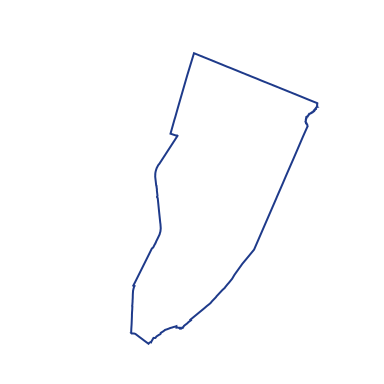 Someren, Noord-Brabant, Netherlands, rotated 219°
{"feature_id": "6326949B17219588023251", "entity_name": "Someren", "entity_type": "district", "adm_level": 2, "iso_a3": "NLD", "parent_name": "Netherlands", "parent_adm1": "Noord-Brabant", "projection": "albers", "projection_center": [5.682, 51.386], "detail": "fine", "context": "isolated", "style": "outline", "palette": "blue", "viewbox_px": 384, "rotation_deg": 219, "n_neighbors": 0, "source": "geoboundaries", "source_scale": "gbopen_adm2", "svg_char_len": 4606}
<svg xmlns="http://www.w3.org/2000/svg" viewBox="0 0 384 384"><g transform="rotate(219 192 192)"><path d="M179.4,85.7L178.7,82.3L177.5,82.7L177.4,82.1L177.2,81.5L176.8,80.6L176.5,79.8L176.0,78.9L175.9,78.6L175.5,77.9L175.1,77.4L174.9,77.1L174.5,76.5L173.2,74.7L171.4,72.4L170.4,71.0L169.7,70.0L169.1,69.3L168.1,67.8L167.7,67.3L167.4,66.8L167.2,66.5L167.1,66.3L166.4,65.6L166.5,65.5L166.4,65.4L166.0,65.1L165.9,64.9L165.1,63.9L164.3,62.8L162.7,60.5L162.1,59.7L161.3,58.6L160.7,57.9L155.7,51.2L154.5,49.5L153.0,47.4L150.7,44.3L150.6,44.2L150.3,44.1L149.8,44.1L149.7,44.2L149.8,44.2L149.6,44.4L148.0,45.5L147.7,45.7L147.2,45.9L146.8,46.0L146.5,46.1L145.9,46.1L142.9,46.2L142.7,46.2L142.4,46.2L137.7,46.4L136.6,46.4L130.3,46.7L130.3,47.9L129.7,49.4L129.2,49.5L129.4,50.0L129.8,52.5L130.0,53.8L130.1,54.4L129.9,54.6L128.9,55.2L128.8,55.3L128.6,55.6L128.7,57.2L128.5,58.0L128.1,59.2L127.9,59.9L127.2,61.5L127.2,61.8L127.2,62.1L127.3,62.2L127.4,62.7L127.6,62.8L127.6,63.0L126.8,65.2L126.7,65.5L126.3,67.0L126.2,67.3L126.2,67.8L125.2,69.3L125.2,69.2L125.0,69.6L124.8,70.0L124.3,70.8L123.7,71.9L123.6,72.0L123.5,72.3L123.4,72.4L123.3,72.7L123.1,72.9L122.6,73.6L122.4,73.9L122.3,74.0L122.2,74.1L122.1,74.3L121.8,74.8L121.2,75.7L121.1,75.8L120.9,76.1L120.6,76.5L120.3,76.9L120.1,77.2L119.7,77.9L118.7,76.8L118.0,77.6L117.7,77.7L116.5,78.2L115.6,78.6L115.7,79.0L114.9,79.1L114.8,78.7L114.3,79.2L114.3,80.4L113.7,80.6L113.9,81.3L113.8,82.2L114.0,82.8L113.8,83.8L113.0,87.0L112.9,88.5L112.1,91.6L112.9,91.7L112.8,92.5L112.7,92.7L111.9,96.6L111.4,99.0L109.2,109.8L108.7,112.7L108.0,115.7L107.7,117.4L107.7,119.6L107.6,120.9L107.3,124.1L107.2,125.5L107.3,126.2L107.2,127.7L106.7,134.9L106.3,137.5L106.2,138.0L106.3,138.8L106.3,141.5L106.3,142.7L106.2,144.3L106.2,145.5L106.2,149.8L106.9,154.6L107.7,168.1L107.6,173.5L107.6,174.1L107.5,186.3L122.5,240.2L122.6,240.5L123.0,241.8L123.4,243.3L123.9,245.1L125.8,252.0L126.8,255.6L129.2,264.0L130.5,268.7L134.1,281.8L136.8,291.4L140.6,304.8L142.9,313.4L143.5,315.8L143.9,315.9L144.2,316.3L144.3,316.5L144.7,316.8L145.5,317.0L145.8,317.1L145.9,317.3L146.0,317.3L146.3,317.4L146.5,317.4L146.7,317.2L146.8,317.3L147.0,317.6L147.1,317.9L147.6,318.0L147.9,318.0L147.9,318.3L148.1,318.5L148.3,318.6L148.3,318.8L148.4,319.1L148.5,319.2L148.6,319.3L148.7,319.5L148.8,319.8L149.2,320.0L149.3,320.8L149.7,320.9L149.8,321.0L149.7,321.4L149.7,321.5L149.8,321.5L149.9,321.8L150.4,322.2L150.4,322.3L150.3,322.6L150.2,322.8L150.1,323.0L149.9,323.1L149.7,323.3L149.8,323.5L149.9,323.8L149.7,324.1L149.7,324.3L149.9,324.7L149.8,325.0L150.1,325.8L150.1,326.2L149.7,326.4L149.7,326.5L149.7,326.8L149.8,326.9L149.7,327.0L149.5,327.4L149.3,327.7L149.4,327.9L149.4,328.0L149.0,328.3L148.9,328.5L148.8,328.8L148.9,329.0L148.7,329.1L148.6,329.3L148.6,329.5L148.7,329.8L148.4,330.0L148.4,330.3L148.5,330.4L148.5,330.5L148.3,330.7L148.2,330.8L148.1,331.2L148.4,331.2L148.4,331.3L148.5,331.4L148.5,331.6L148.5,331.8L148.6,332.0L148.4,332.3L148.3,332.5L148.1,332.6L148.1,332.8L148.1,333.1L148.4,333.1L148.5,333.1L148.5,333.3L148.3,333.8L148.4,334.0L148.5,334.2L148.0,334.6L148.3,334.9L148.4,335.0L148.5,335.3L148.6,335.5L148.4,336.1L148.4,336.3L148.4,336.6L148.5,336.6L148.5,336.8L148.4,336.9L148.5,336.9L148.7,337.5L148.8,337.6L149.0,337.5L149.3,338.2L149.7,338.5L150.0,339.2L150.2,339.4L150.3,339.4L150.4,339.5L150.4,339.8L150.5,339.9L155.0,338.5L160.2,336.9L165.9,335.2L191.5,327.4L205.1,323.2L208.7,322.1L212.9,320.9L218.0,319.3L228.5,316.1L231.2,315.3L240.8,312.4L243.5,311.5L247.9,310.2L277.8,301.1L269.1,279.6L262.3,263.5L259.9,257.8L256.0,248.6L252.0,239.3L251.1,237.0L245.4,223.8L241.9,225.1L239.3,226.1L239.1,226.2L239.1,226.5L238.6,226.5L235.1,193.2L235.1,192.9L235.2,192.5L235.1,191.6L235.1,191.2L234.9,190.5L234.8,189.8L234.7,189.4L234.6,189.1L234.5,188.3L234.2,187.6L234.0,187.0L233.7,186.3L233.4,185.6L233.3,185.3L232.9,184.6L232.6,184.0L232.4,183.7L232.2,183.4L231.8,182.7L231.5,182.5L231.1,181.9L230.2,180.7L224.0,174.6L223.7,174.5L223.6,174.4L222.3,173.2L222.3,173.3L222.1,173.1L221.9,173.0L222.0,173.0L221.6,172.6L221.3,172.3L221.1,172.2L220.3,171.1L216.3,167.2L216.3,166.5L216.1,166.2L215.9,166.0L215.5,165.8L215.0,165.8L214.8,165.7L204.7,155.5L197.4,148.2L196.1,147.0L195.8,146.6L194.9,145.7L194.3,145.0L193.7,144.4L193.3,143.9L193.1,143.6L192.6,142.8L192.3,142.4L192.1,142.0L191.8,141.6L191.5,141.0L191.3,140.4L190.7,139.1L190.5,138.7L190.3,137.9L189.4,134.1L189.0,132.3L188.7,130.9L188.4,130.2L188.4,129.9L188.2,129.0L188.0,128.8L188.0,127.9L187.3,124.7L187.3,124.2L187.6,123.0L187.6,122.7L186.5,117.8L179.7,87.1L179.4,85.7Z" fill="none" stroke="#1e3a8a" stroke-width="2"/></g></svg>